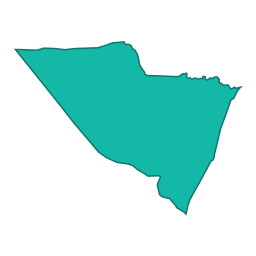 outline of Al Qureisha, Gedarif, Sudan
{"feature_id": "16777658B80860182226455", "entity_name": "Al Qureisha", "entity_type": "district", "adm_level": 2, "iso_a3": "SDN", "parent_name": "Sudan", "parent_adm1": "Gedarif", "projection": "albers", "projection_center": [36.204, 13.665], "detail": "fine", "context": "isolated", "style": "filled", "palette": "teal", "viewbox_px": 256, "rotation_deg": 0, "n_neighbors": 0, "source": "geoboundaries", "source_scale": "gbopen_adm2", "svg_char_len": 1959}
<svg xmlns="http://www.w3.org/2000/svg" viewBox="0 0 256 256"><path d="M15.4,49.5L59.6,104.6L73.9,122.9L84.9,135.9L91.4,143.5L94.2,146.8L96.2,149.2L98.4,151.9L106.8,157.8L117.4,162.5L119.9,162.8L121.6,163.0L123.4,163.3L127.4,163.8L132.6,165.5L136.5,168.7L138.4,170.2L139.4,170.8L144.7,173.7L146.9,175.4L147.7,176.0L148.9,176.1L150.4,176.0L151.7,176.0L158.4,175.8L159.3,175.8L160.5,176.6L159.0,180.4L157.4,184.2L157.7,186.4L158.2,188.8L158.5,190.0L159.6,194.6L161.5,196.4L165.8,197.8L169.2,198.3L170.7,199.9L173.4,203.0L175.3,205.1L176.8,207.7L181.2,210.3L184.5,212.4L185.9,214.1L186.3,212.7L187.9,205.5L190.0,199.5L190.5,198.7L193.3,193.4L199.0,183.3L200.0,181.5L210.6,161.9L211.2,161.1L212.9,160.1L214.0,158.0L214.4,154.7L214.9,152.5L219.8,132.3L219.8,132.0L220.7,128.3L225.6,115.2L230.1,102.4L230.1,102.2L230.7,100.7L231.4,99.5L232.3,99.2L233.7,98.3L234.6,96.6L234.8,96.2L235.9,94.0L236.7,92.0L237.9,90.3L239.4,88.4L240.6,87.2L238.1,87.8L235.8,88.4L234.7,87.1L232.6,88.3L230.9,89.1L229.5,87.2L228.2,85.0L226.8,85.0L223.1,85.3L222.2,84.3L221.5,83.4L220.3,83.1L219.1,82.2L219.2,80.9L219.3,79.6L218.4,78.1L216.7,76.9L215.5,77.0L214.7,77.1L213.4,77.9L212.1,78.7L210.9,77.9L210.1,78.0L209.0,78.8L207.6,79.8L206.6,79.9L205.7,79.2L205.4,77.9L205.2,76.7L203.0,76.4L202.8,77.7L202.9,78.7L200.5,78.4L198.2,79.2L196.6,78.3L194.5,78.2L193.3,78.4L192.6,79.5L191.1,78.8L190.5,78.0L189.5,78.0L188.7,78.1L187.5,77.8L186.6,76.9L186.5,75.4L187.0,74.2L186.6,73.3L185.4,73.3L184.8,74.0L184.1,74.2L182.9,73.7L180.3,75.4L178.7,76.5L174.8,76.6L162.4,76.0L154.2,75.8L147.4,75.5L145.9,74.8L144.9,74.1L144.7,73.0L144.5,72.3L144.1,71.6L142.7,69.7L139.8,65.3L138.2,57.4L137.1,53.8L135.8,51.6L134.8,50.0L133.1,49.1L132.0,47.7L131.2,45.8L129.1,44.4L126.6,44.4L125.3,44.4L124.7,43.6L124.0,41.9L121.2,42.1L117.1,42.5L112.3,42.9L104.1,45.9L97.7,47.8L76.1,48.5L64.9,49.7L54.2,48.5L43.7,48.2L37.2,50.2L31.0,50.0L21.8,49.6L15.4,49.5Z" fill="#14b8a6" stroke="#0f766e" stroke-width="1.5"/></svg>